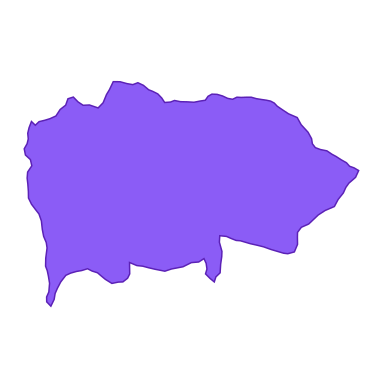 the district of Tupi Paulista, São Paulo, Brazil, rotated 179°
{"feature_id": "56859067B94686209364934", "entity_name": "Tupi Paulista", "entity_type": "district", "adm_level": 2, "iso_a3": "BRA", "parent_name": "Brazil", "parent_adm1": "São Paulo", "projection": "robinson", "projection_center": [-51.584, -21.384], "detail": "fine", "context": "isolated", "style": "filled", "palette": "violet", "viewbox_px": 384, "rotation_deg": 179, "n_neighbors": 0, "source": "geoboundaries", "source_scale": "gbopen_adm2", "svg_char_len": 2113}
<svg xmlns="http://www.w3.org/2000/svg" viewBox="0 0 384 384"><g transform="rotate(179 192 192)"><path d="M351.3,265.3L353.8,259.1L355.2,253.6L354.8,247.9L356.0,243.2L359.0,238.1L357.9,231.9L353.0,227.2L351.7,221.0L356.0,214.8L356.6,208.8L356.0,202.8L355.6,195.5L355.6,188.8L352.7,182.6L348.7,177.1L345.4,172.7L343.1,165.7L342.3,157.0L341.1,150.2L338.6,144.0L337.9,138.6L338.7,133.1L339.4,128.3L339.7,120.4L338.1,115.9L337.1,110.7L336.0,103.2L336.9,94.5L339.2,89.6L339.2,84.7L335.1,80.3L331.7,87.0L330.6,93.0L328.2,98.2L324.8,104.4L319.6,110.9L314.8,113.0L308.8,114.6L303.6,115.4L297.8,117.1L293.3,114.7L287.9,112.9L284.5,109.9L280.2,106.2L273.7,102.0L267.2,103.2L262.7,103.3L257.9,106.9L255.7,111.2L255.7,122.6L248.4,119.4L242.6,118.7L237.0,117.1L230.3,115.4L220.5,113.3L213.8,115.4L202.3,117.4L193.9,121.4L186.5,121.9L181.2,125.2L179.1,120.4L178.4,114.7L179.9,109.9L175.4,105.2L171.3,101.7L169.6,106.7L165.3,110.7L164.6,119.4L163.4,126.8L163.1,132.1L165.5,141.3L165.0,147.8L158.3,147.0L153.6,144.8L148.7,142.8L144.5,142.4L134.6,139.3L127.6,137.6L121.3,135.9L113.9,133.1L101.5,129.2L97.3,128.6L90.7,130.3L87.4,137.8L87.4,145.0L87.2,149.8L83.3,154.8L75.8,158.0L66.1,166.9L59.2,171.2L49.9,175.0L46.0,182.0L40.7,188.4L38.1,193.9L35.0,198.1L28.2,203.8L25.0,210.5L29.5,213.3L34.0,215.0L37.0,218.5L42.4,221.7L47.3,225.0L51.4,227.3L56.4,230.8L62.8,232.2L67.9,234.2L70.8,238.1L71.5,243.2L74.9,249.7L81.7,257.4L85.5,264.6L94.3,268.6L100.1,272.6L105.3,276.3L108.2,279.5L111.8,281.5L116.1,282.5L121.0,283.3L126.0,284.2L131.0,285.7L136.4,285.8L141.1,285.7L145.5,286.0L149.8,284.0L154.7,285.0L159.8,287.5L165.2,289.2L170.4,289.5L174.3,287.4L177.1,283.5L182.3,282.8L188.5,281.7L194.8,282.2L201.9,282.5L207.9,283.8L212.0,282.3L217.8,282.0L220.6,286.5L224.5,290.7L229.5,293.3L233.6,295.0L238.7,299.5L244.2,302.2L249.3,300.4L255.1,301.5L262.0,303.5L268.8,303.7L272.8,295.7L275.8,290.9L279.3,282.8L284.4,277.7L293.0,280.8L299.3,280.6L304.3,284.0L309.0,289.0L314.4,287.4L316.8,281.0L322.4,276.8L326.7,270.4L332.7,267.8L337.9,266.3L343.7,265.0L347.5,261.5L351.3,265.3Z" fill="#8b5cf6" stroke="#5b21b6" stroke-width="1.5"/></g></svg>